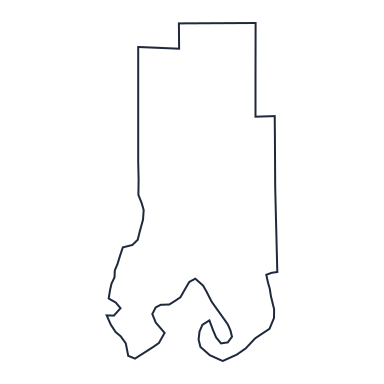 outline of São Pedro do Butiá, Rio Grande do Sul, Brazil
{"feature_id": "56859067B11574675673068", "entity_name": "São Pedro do Butiá", "entity_type": "district", "adm_level": 2, "iso_a3": "BRA", "parent_name": "Brazil", "parent_adm1": "Rio Grande do Sul", "projection": "albers", "projection_center": [-54.902, -28.124], "detail": "fine", "context": "isolated", "style": "outline", "palette": "slate", "viewbox_px": 384, "rotation_deg": 0, "n_neighbors": 0, "source": "geoboundaries", "source_scale": "gbopen_adm2", "svg_char_len": 1082}
<svg xmlns="http://www.w3.org/2000/svg" viewBox="0 0 384 384"><path d="M277.3,272.0L275.2,187.5L274.9,135.1L274.7,116.1L255.5,116.7L255.5,80.9L255.6,23.0L178.9,23.4L179.1,48.7L138.2,47.0L138.2,162.1L138.6,179.6L138.4,194.9L141.6,202.9L143.7,210.1L143.0,219.7L139.9,231.0L137.7,239.8L132.3,245.0L122.8,247.4L119.8,256.5L117.5,264.0L114.8,270.4L114.5,277.4L111.5,283.6L110.0,290.3L108.7,298.5L115.7,302.5L120.5,308.2L113.9,315.6L106.7,315.4L110.8,324.7L115.6,332.0L120.7,336.3L125.8,343.4L128.2,355.8L135.0,358.6L153.3,346.9L158.9,343.0L164.6,332.9L155.7,322.5L152.3,314.0L155.7,307.4L160.7,304.8L169.3,304.5L175.0,300.9L180.4,297.3L186.0,287.5L189.3,281.9L195.3,278.7L203.1,285.6L206.3,291.2L211.7,301.8L227.7,324.2L230.4,330.3L232.0,336.7L227.8,342.4L221.0,343.4L216.1,337.4L212.8,329.6L209.4,320.4L202.4,324.8L199.5,331.6L198.6,339.6L200.4,346.9L209.8,355.2L222.7,361.0L236.8,354.6L245.7,348.4L255.2,338.3L261.2,334.3L269.5,328.8L274.0,318.0L274.1,309.2L270.9,296.1L269.8,288.9L268.0,282.6L266.3,274.8L271.6,272.8L277.3,272.0Z" fill="none" stroke="#1e293b" stroke-width="2"/></svg>